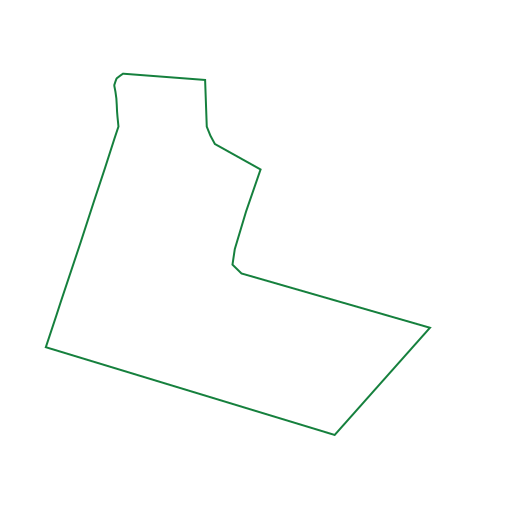 the district of Siwa, Matruh, Egypt, rotated 18°
{"feature_id": "37247803B75450946768070", "entity_name": "Siwa", "entity_type": "district", "adm_level": 2, "iso_a3": "EGY", "parent_name": "Egypt", "parent_adm1": "Matruh", "projection": "albers", "projection_center": [25.471, 28.699], "detail": "fine", "context": "isolated", "style": "outline", "palette": "green", "viewbox_px": 512, "rotation_deg": 18, "n_neighbors": 0, "source": "geoboundaries", "source_scale": "gbopen_adm2", "svg_char_len": 529}
<svg xmlns="http://www.w3.org/2000/svg" viewBox="0 0 512 512"><g transform="rotate(18 256 256)"><path d="M386.1,401.9L443.6,270.5L247.6,277.1L236.3,271.5L233.7,256.0L232.8,216.7L233.6,172.3L182.3,162.2L175.4,155.6L169.2,148.2L153.2,104.3L73.2,123.7L71.3,126.2L68.8,129.8L68.5,130.7L68.4,133.5L68.4,137.2L68.8,138.2L71.6,143.3L74.5,149.3L76.9,155.4L79.2,161.5L81.2,166.3L85.2,175.4L85.1,187.8L85.2,219.3L85.0,254.6L85.0,298.0L84.5,359.3L84.5,374.6L84.3,407.7L386.1,401.9Z" fill="none" stroke="#15803d" stroke-width="2"/></g></svg>